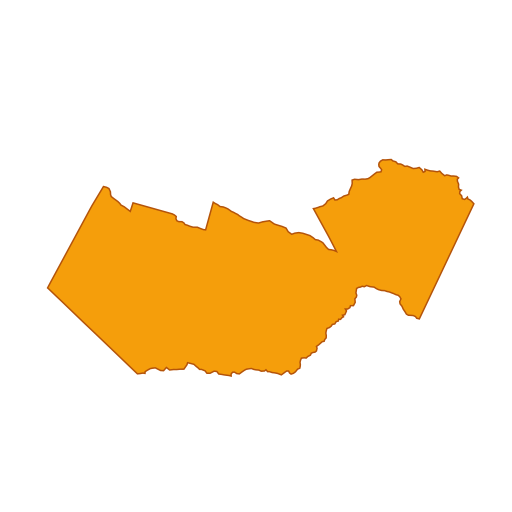 Araputanga, Mato Grosso, Brazil, rotated 115°
{"feature_id": "56859067B59934411010082", "entity_name": "Araputanga", "entity_type": "district", "adm_level": 2, "iso_a3": "BRA", "parent_name": "Brazil", "parent_adm1": "Mato Grosso", "projection": "robinson", "projection_center": [-58.498, -15.266], "detail": "fine", "context": "isolated", "style": "filled", "palette": "amber", "viewbox_px": 512, "rotation_deg": 115, "n_neighbors": 0, "source": "geoboundaries", "source_scale": "gbopen_adm2", "svg_char_len": 4049}
<svg xmlns="http://www.w3.org/2000/svg" viewBox="0 0 512 512"><g transform="rotate(115 256 256)"><path d="M356.6,199.7L354.9,198.9L355.9,196.6L355.1,194.8L354.8,192.1L354.0,189.7L353.3,186.8L353.0,182.8L350.5,181.4L348.8,180.5L347.3,179.6L346.5,177.8L347.8,176.2L348.2,174.3L346.5,172.5L344.3,171.3L341.0,170.5L339.2,168.9L337.4,169.3L335.7,169.9L333.7,171.2L331.6,171.6L329.4,171.7L327.9,169.3L327.3,167.4L325.2,166.6L322.9,164.8L320.7,164.8L319.3,163.5L318.2,161.9L316.5,161.1L313.8,161.7L312.4,163.0L310.1,161.7L307.6,160.6L305.7,159.8L304.5,158.2L302.6,158.4L300.6,157.8L298.4,158.7L296.4,160.1L294.3,160.7L291.7,161.1L289.8,159.2L287.8,158.2L285.7,157.9L284.3,155.9L281.6,155.6L280.1,153.9L278.4,154.4L277.7,152.6L275.7,152.1L274.1,151.0L273.1,152.6L271.7,150.7L269.7,150.7L267.5,150.8L266.3,152.6L265.3,150.5L263.1,149.1L261.1,149.4L259.8,146.7L256.1,146.5L253.0,148.3L250.8,147.7L249.0,148.1L247.3,149.8L245.3,150.4L242.9,151.1L241.2,149.9L240.1,148.3L238.5,146.9L238.1,144.9L236.0,143.3L235.6,139.8L234.3,135.8L234.7,133.0L234.7,130.7L234.2,127.7L233.0,124.7L232.8,122.3L232.2,119.9L232.1,117.7L231.9,115.5L231.9,112.7L231.5,110.5L232.2,108.4L233.6,106.5L236.6,106.5L238.5,105.2L239.9,102.4L242.0,100.0L243.6,97.3L245.1,95.1L245.3,92.9L244.4,90.7L243.5,88.3L243.5,85.8L244.5,84.1L244.0,81.4L116.6,80.6L115.3,83.7L114.7,86.0L114.8,88.0L113.3,89.3L115.0,89.9L116.6,90.9L116.9,93.3L114.5,95.1L113.4,97.8L111.4,98.5L109.6,97.8L109.8,100.0L108.0,101.6L105.3,102.7L103.2,105.0L101.4,106.0L99.6,105.4L99.1,107.9L100.0,110.7L101.1,113.0L101.4,115.3L101.9,117.4L103.5,118.9L102.6,122.6L101.4,125.4L103.1,127.4L104.2,131.3L105.2,134.0L105.7,136.7L106.0,139.6L107.9,138.5L109.4,139.8L107.8,142.1L106.8,145.5L108.7,147.7L110.3,150.5L110.4,154.0L110.6,157.0L111.9,159.0L111.5,161.6L111.5,163.7L112.6,166.5L111.5,169.1L112.0,172.1L111.4,174.2L112.7,176.6L114.2,179.1L115.3,181.8L117.5,183.3L119.7,183.8L121.4,183.3L122.9,182.3L123.7,180.5L124.7,178.6L126.9,178.3L128.1,180.2L129.0,181.9L131.2,183.1L133.0,184.0L134.8,184.9L136.8,185.9L138.6,187.2L140.2,189.5L141.5,192.5L143.5,195.4L144.8,199.1L146.6,201.0L149.7,199.4L152.2,198.9L154.8,198.9L158.1,198.8L160.9,198.0L162.3,199.2L164.6,201.8L167.1,203.3L168.6,204.8L170.7,206.1L171.9,208.1L170.5,210.3L172.8,212.4L175.9,214.5L179.1,214.9L182.5,216.6L184.3,218.9L185.6,220.1L187.7,222.4L188.8,224.0L207.3,198.8L209.5,195.9L217.9,185.0L218.0,187.6L218.5,190.2L219.4,193.0L218.4,195.9L217.2,198.2L215.8,200.9L215.5,202.8L215.3,206.3L216.1,209.2L215.3,211.9L214.7,215.8L215.6,223.1L216.7,227.1L218.9,230.5L221.2,232.8L220.4,237.1L218.0,240.6L218.2,244.9L218.8,249.0L219.3,252.8L218.3,258.6L220.0,261.2L222.2,264.4L225.1,267.7L226.4,272.2L226.6,274.6L227.0,277.8L227.3,282.9L226.9,285.5L226.6,288.3L226.1,290.2L226.1,292.4L225.9,294.8L226.0,297.1L225.2,301.3L225.2,303.8L225.4,306.5L226.4,309.5L225.7,312.4L225.6,315.5L225.3,317.5L253.6,312.7L254.3,314.8L254.6,318.0L254.7,321.4L256.5,325.2L257.0,328.7L257.1,331.2L257.5,333.6L256.5,335.3L256.2,337.6L257.5,340.6L257.5,342.6L256.1,344.3L253.9,345.0L253.3,347.4L253.2,349.7L259.8,389.9L268.7,388.8L268.3,390.7L267.1,396.2L266.9,399.9L265.9,401.7L265.0,404.3L264.1,408.9L263.3,412.3L261.9,413.7L259.3,415.1L257.0,417.8L256.9,420.4L257.5,423.6L279.5,425.9L283.8,426.2L339.9,429.5L366.8,431.1L373.0,431.4L373.6,429.5L376.6,420.7L379.3,412.6L389.0,384.3L391.2,377.7L397.5,359.0L410.3,321.4L412.9,313.7L411.7,311.6L409.9,309.0L409.3,307.0L407.7,307.6L405.6,306.3L402.7,304.2L401.4,302.4L399.9,299.9L400.0,297.5L400.1,294.1L399.0,291.3L394.9,290.1L395.8,286.1L393.7,282.7L392.4,279.9L390.8,277.2L389.0,273.5L383.7,272.6L381.6,272.9L380.9,269.3L380.4,266.5L381.4,263.3L381.8,261.5L382.6,259.2L381.8,257.4L381.6,253.6L383.0,251.0L381.7,248.1L378.1,245.3L377.2,242.7L378.7,239.9L377.8,237.0L377.2,234.6L375.7,229.9L375.3,227.8L373.5,228.7L371.2,228.1L370.3,226.3L370.7,223.8L369.9,221.3L366.8,219.6L364.4,218.2L362.7,216.9L361.1,214.6L359.9,212.6L359.7,210.0L359.2,208.0L358.2,205.2L358.2,202.6L356.6,199.7Z" fill="#f59e0b" stroke="#b45309" stroke-width="1.5"/></g></svg>